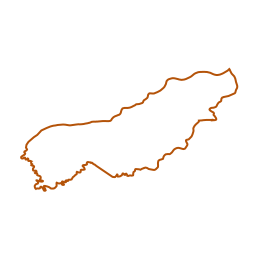 outline of Luabo, Zambezia, Mozambique, rotated 102°
{"feature_id": "85939544B83504353793512", "entity_name": "Luabo", "entity_type": "district", "adm_level": 2, "iso_a3": "MOZ", "parent_name": "Mozambique", "parent_adm1": "Zambezia", "projection": "equal_earth", "projection_center": [36.12, -18.323], "detail": "fine", "context": "isolated", "style": "outline", "palette": "amber", "viewbox_px": 256, "rotation_deg": 102, "n_neighbors": 0, "source": "geoboundaries", "source_scale": "gbopen_adm2", "svg_char_len": 5885}
<svg xmlns="http://www.w3.org/2000/svg" viewBox="0 0 256 256"><g transform="rotate(102 128 128)"><path d="M162.5,92.2L160.4,90.8L159.8,90.6L158.4,90.8L156.1,91.4L154.2,91.5L153.8,91.4L153.4,91.2L152.6,90.4L151.9,89.0L151.7,88.8L151.6,88.5L150.9,87.4L148.6,87.2L147.9,87.0L146.8,86.4L145.9,85.6L145.2,83.7L144.9,81.8L144.6,81.4L142.8,80.0L141.7,79.5L140.5,79.0L139.3,78.3L138.5,77.5L137.9,76.7L137.7,76.5L137.2,75.5L136.9,74.3L136.9,73.0L137.1,70.2L137.0,69.1L136.4,68.1L136.0,67.8L133.0,66.6L132.0,66.4L130.9,66.8L130.8,67.0L129.0,68.4L128.1,68.7L127.6,68.5L127.3,68.0L126.8,66.9L126.4,66.2L123.1,64.1L120.9,63.6L117.8,63.3L116.8,63.4L115.0,64.0L113.8,63.9L112.5,63.4L111.9,63.3L111.2,62.8L110.7,62.6L107.4,60.2L106.6,60.0L106.0,60.2L105.2,57.3L104.7,56.0L103.8,52.9L102.8,48.2L102.3,46.9L102.4,46.1L102.7,46.3L102.2,44.6L101.7,43.7L101.3,43.5L100.9,43.5L100.0,44.0L98.2,45.8L97.8,46.6L97.4,47.0L96.9,47.1L96.1,46.9L95.2,47.4L94.9,48.0L94.8,48.6L94.4,49.9L93.7,51.4L93.3,51.9L93.0,52.1L92.2,52.0L91.2,51.0L90.9,50.4L90.4,48.7L89.8,47.5L88.9,46.3L87.8,45.8L86.6,45.6L84.8,44.9L83.8,44.2L83.1,43.2L82.5,42.7L82.0,42.5L80.1,42.7L79.3,42.5L78.6,42.1L78.5,41.8L77.9,41.1L77.9,40.8L77.7,40.6L75.8,36.3L71.9,30.9L71.5,30.6L71.0,30.4L68.6,30.3L66.0,29.6L64.4,29.8L63.5,30.2L60.2,32.1L59.6,32.3L57.3,33.4L55.4,34.8L53.2,38.0L50.5,40.2L49.9,40.5L49.3,41.2L51.1,42.4L54.3,45.9L55.2,47.0L56.7,49.3L57.5,51.3L57.8,52.8L57.8,54.5L57.6,56.0L56.9,59.0L56.8,62.4L57.3,65.5L58.2,69.1L58.8,70.9L60.4,73.4L61.4,74.5L64.3,76.8L65.4,78.0L68.1,81.6L69.0,83.3L69.8,85.7L69.9,88.2L69.8,88.9L69.7,92.6L69.9,94.4L70.4,95.7L71.7,98.1L72.2,98.7L72.7,99.2L74.2,100.0L77.2,100.1L80.1,100.9L81.5,101.7L84.6,104.1L86.7,106.6L88.8,109.7L89.1,110.8L89.5,113.7L89.7,114.3L90.7,115.0L91.2,115.2L93.7,115.2L94.5,115.4L96.5,117.0L97.0,117.7L97.5,118.1L98.3,118.5L99.8,118.7L100.6,119.3L102.2,122.0L103.1,124.9L104.6,126.2L105.3,127.3L106.0,128.0L106.2,128.3L106.7,128.9L107.7,130.5L108.5,132.6L109.0,135.3L109.5,136.5L110.0,137.4L111.4,138.0L113.1,138.2L114.5,138.2L115.6,138.5L116.3,138.9L116.8,139.3L117.3,140.2L117.5,140.4L117.6,140.7L117.8,140.9L119.3,143.2L120.2,144.2L120.8,144.7L121.2,144.9L122.3,145.6L123.6,146.0L124.3,146.4L124.8,147.0L125.3,148.3L126.4,153.9L128.2,159.7L128.2,160.0L128.6,161.1L128.9,162.8L129.5,164.7L130.9,166.7L131.1,167.3L131.7,168.4L132.6,170.7L133.3,172.2L133.9,174.0L134.5,176.1L134.6,177.1L135.3,179.2L137.3,184.7L137.6,186.0L137.8,190.1L138.1,192.2L139.7,197.5L140.6,199.5L141.2,201.3L141.7,202.4L142.7,204.3L145.0,207.7L148.4,212.2L153.6,215.3L156.6,218.2L162.3,222.5L165.5,223.8L168.4,223.7L169.9,222.3L170.5,222.4L171.2,222.8L172.4,224.3L172.6,224.4L173.5,224.3L174.0,223.5L174.3,223.3L174.6,223.3L175.2,223.4L176.1,224.1L176.2,224.4L176.8,224.9L177.0,225.2L178.0,226.1L178.4,226.4L178.9,226.4L179.4,226.3L179.8,225.7L179.9,225.2L179.5,224.2L178.8,223.6L178.5,223.1L178.5,222.5L178.9,222.2L179.9,221.8L180.1,221.5L180.0,221.0L179.7,220.4L178.7,219.9L178.7,219.6L178.8,219.3L179.2,219.0L180.7,218.8L180.9,218.3L180.5,216.5L180.7,215.7L180.8,215.8L182.4,215.5L182.7,215.3L183.4,214.0L183.6,214.0L183.8,214.2L184.0,214.7L184.4,214.9L184.5,214.7L184.7,213.9L184.8,212.3L185.1,211.9L185.8,211.8L187.4,212.5L188.2,212.4L189.0,212.1L189.2,211.9L189.3,210.9L189.1,210.1L188.9,209.2L189.2,208.7L189.4,208.5L189.9,208.4L190.3,208.6L190.6,209.1L191.3,209.7L191.5,209.5L191.6,209.0L191.3,207.7L191.4,207.4L192.5,207.0L192.9,207.0L193.1,206.5L193.3,204.5L193.6,203.7L194.2,203.2L195.0,203.0L195.4,203.0L196.4,203.4L196.7,203.4L197.1,203.0L197.2,202.6L197.4,200.8L197.6,200.2L197.8,200.2L198.1,200.4L198.5,201.6L198.5,203.2L198.1,206.2L198.2,206.6L198.4,206.6L199.0,205.4L199.9,204.6L200.2,204.5L201.1,204.7L202.1,206.3L202.5,206.6L203.6,207.1L204.2,207.2L205.5,206.7L206.3,206.1L206.7,205.4L206.4,205.2L206.1,204.6L206.0,204.3L205.8,202.8L205.4,201.8L205.0,201.6L203.7,201.3L203.6,201.1L203.5,200.8L203.8,199.9L204.3,199.5L204.7,198.7L205.8,197.9L206.2,197.5L206.7,197.0L206.7,196.5L206.5,195.9L206.1,195.6L204.7,196.4L203.1,197.8L202.9,198.1L202.6,198.2L202.1,198.0L201.9,197.1L202.0,194.6L202.3,192.8L203.2,190.7L203.0,189.5L202.6,188.0L202.3,187.8L202.1,187.4L201.6,187.0L201.5,186.8L200.0,186.0L199.6,185.8L198.9,185.9L196.7,186.5L196.3,186.3L196.6,185.0L196.6,184.1L196.5,183.5L196.0,182.6L195.9,182.3L196.2,181.4L196.7,181.1L197.1,180.6L197.2,180.4L197.2,179.6L196.8,178.9L196.6,178.9L195.9,179.6L195.7,180.1L195.4,180.3L195.2,180.8L194.8,181.3L194.4,181.4L194.1,181.3L193.9,181.0L194.2,178.7L194.1,178.1L193.9,177.6L193.6,177.4L193.4,177.4L192.5,178.0L192.1,177.6L192.0,177.3L192.4,176.2L192.3,175.9L192.1,175.6L191.4,175.8L191.1,175.6L190.9,175.3L190.8,174.5L190.6,173.6L190.0,172.5L187.6,171.7L186.3,170.6L185.1,169.9L183.9,168.7L183.5,168.6L181.9,169.0L181.5,168.8L181.7,167.4L181.7,166.5L181.3,165.4L180.8,165.2L178.9,165.4L178.5,164.8L178.2,163.2L177.9,162.4L177.5,161.8L177.1,161.9L175.7,162.8L174.7,164.4L174.5,164.5L174.0,164.4L173.6,164.0L172.9,161.6L172.7,161.5L172.2,160.7L171.9,160.6L171.2,161.0L170.8,161.0L170.3,160.9L169.9,160.7L169.7,160.4L169.6,159.9L169.6,158.8L169.4,157.4L169.5,156.8L169.8,156.7L169.5,155.9L169.6,155.7L169.7,155.4L170.4,154.5L170.6,153.9L170.6,153.2L171.7,151.0L179.0,133.0L178.9,131.2L178.6,130.4L176.9,129.4L175.8,129.1L175.7,128.8L175.8,128.6L177.2,128.4L177.6,127.9L177.4,127.1L177.0,125.9L175.8,124.5L175.4,124.2L173.7,123.8L173.5,123.5L173.7,122.6L174.5,121.9L174.5,121.2L173.6,121.0L173.2,120.6L173.1,120.1L174.0,119.2L174.9,118.7L174.8,117.6L174.3,116.9L173.9,116.0L173.9,114.8L173.4,113.4L173.2,113.2L172.7,113.2L171.0,113.5L170.2,113.4L169.9,113.4L168.8,112.4L168.2,112.3L167.3,112.4L166.9,112.3L166.5,111.8L166.1,108.5L166.2,107.1L165.3,106.2L164.4,104.9L164.1,104.3L163.8,104.1L163.6,103.5L163.2,103.0L163.1,102.5L163.1,101.2L163.8,99.1L163.7,94.9L163.6,93.7L163.1,92.8L162.5,92.2Z" fill="none" stroke="#b45309" stroke-width="2"/></g></svg>